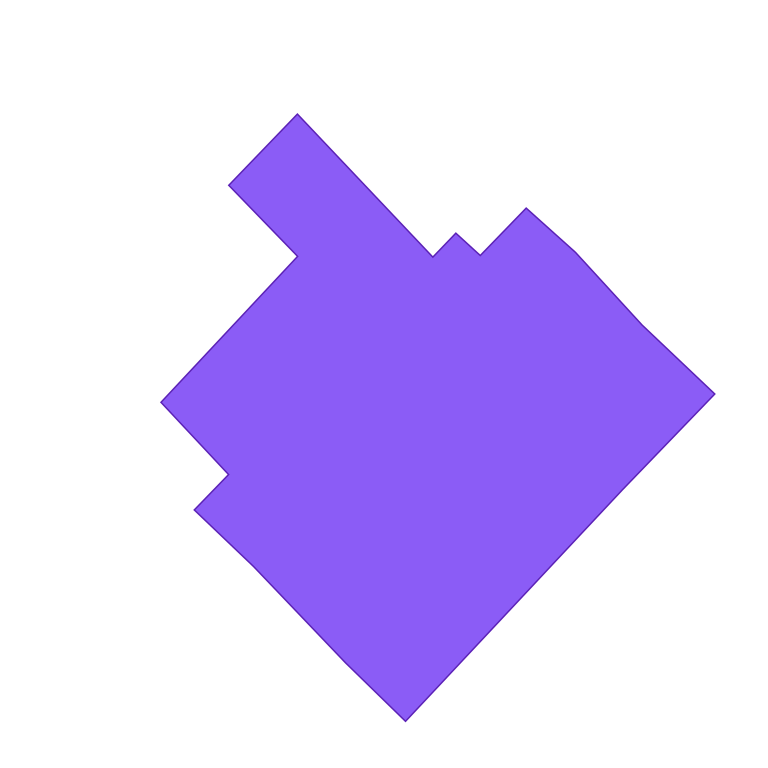 Fayette, Alabama, United States of America (Mercator projection), rotated 224°
{"feature_id": "52423323B79974581250794", "entity_name": "Fayette", "entity_type": "district", "adm_level": 2, "iso_a3": "USA", "parent_name": "United States of America", "parent_adm1": "Alabama", "projection": "mercator", "projection_center": [-87.706, 33.72], "detail": "fine", "context": "isolated", "style": "filled", "palette": "violet", "viewbox_px": 768, "rotation_deg": 224, "n_neighbors": 0, "source": "geoboundaries", "source_scale": "gbopen_adm2", "svg_char_len": 399}
<svg xmlns="http://www.w3.org/2000/svg" viewBox="0 0 768 768"><g transform="rotate(224 384 384)"><path d="M134.2,156.3L139.0,473.5L139.1,606.6L239.3,605.7L337.7,611.7L384.2,610.0L403.9,609.3L404.0,543.3L437.1,542.4L437.0,509.2L633.8,518.0L633.7,419.1L534.8,415.8L531.7,215.9L432.9,210.9L433.0,161.6L351.2,162.1L217.9,156.7L134.2,156.3Z" fill="#8b5cf6" stroke="#5b21b6" stroke-width="1.5"/></g></svg>